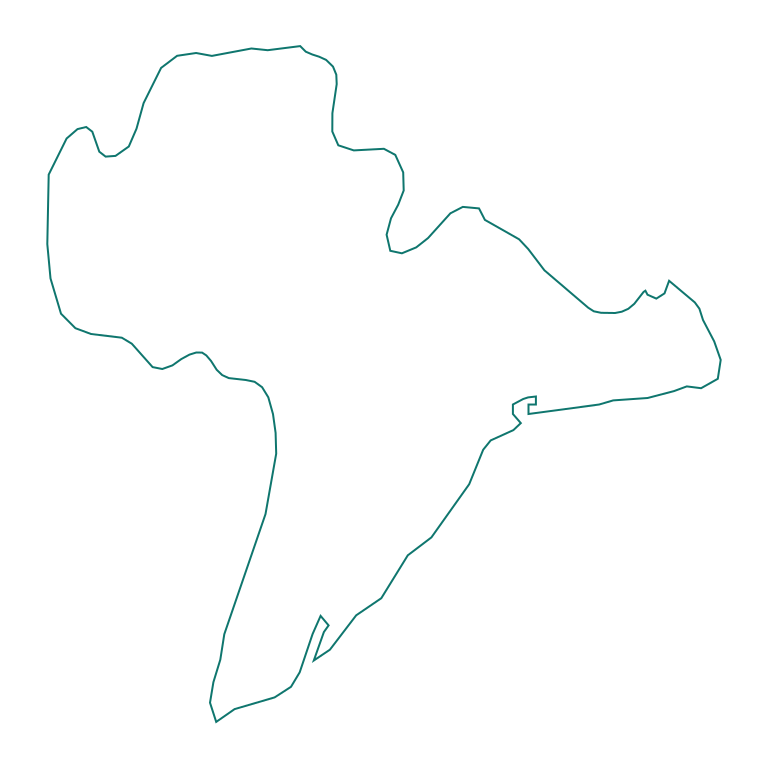 the Province of Nam Định
{"feature_id": "VNM-468", "entity_name": "Nam Định", "entity_type": "Province", "adm_level": 1, "iso_a3": "VNM", "parent_name": "Vietnam", "parent_adm1": "", "projection": "natural_earth1", "projection_center": [106.247, 20.228], "detail": "fine", "context": "isolated", "style": "outline", "palette": "teal", "viewbox_px": 768, "rotation_deg": 0, "n_neighbors": 0, "source": "natural_earth", "source_scale": "10m", "svg_char_len": 1686}
<svg xmlns="http://www.w3.org/2000/svg" viewBox="0 0 768 768"><path d="M645.4,290.7L647.5,294.7L656.3,298.6L664.5,293.4L669.1,280.8L694.8,302.4L699.4,308.7L703.0,320.0L714.2,341.4L720.7,359.9L717.8,378.8L701.1,388.2L686.8,386.4L674.0,391.1L647.6,398.0L613.2,400.4L599.2,404.5L528.5,414.0L528.5,404.5L535.9,404.5L535.9,396.5L528.1,397.4L523.2,399.0L512.9,404.5L512.9,414.0L520.8,423.1L513.4,430.1L490.7,440.4L483.2,449.7L469.2,484.2L431.4,537.4L407.8,555.3L381.3,598.2L356.2,615.3L329.9,649.7L313.8,660.5L323.9,632.0L328.6,625.4L320.6,615.9L312.6,634.0L299.7,672.3L291.0,686.8L274.6,697.4L234.6,709.1L216.2,721.9L210.0,702.7L213.4,682.2L220.3,659.7L224.3,634.2L265.5,514.1L276.2,453.7L275.6,432.9L273.0,414.1L268.3,397.3L262.1,387.2L254.6,381.8L245.8,380.0L228.8,378.1L222.2,375.1L216.7,369.8L211.0,360.9L206.3,355.4L202.1,352.6L196.3,352.5L189.5,354.6L181.4,359.0L172.4,365.4L162.3,369.0L152.6,367.1L131.8,343.7L121.8,337.7L91.0,334.0L75.4,328.2L61.0,313.7L50.5,278.4L47.3,244.1L48.7,174.6L66.6,138.5L77.5,129.1L86.2,127.0L92.3,131.7L99.3,151.7L105.6,156.6L115.5,155.9L128.8,146.5L136.5,128.7L143.6,103.1L161.1,67.9L177.1,55.8L196.1,53.0L211.9,55.9L251.4,48.5L267.7,50.2L300.2,46.1L305.8,51.7L312.3,54.5L319.1,56.7L326.1,59.9L333.0,66.6L336.3,74.7L336.7,84.1L332.4,113.2L332.3,131.5L338.3,145.3L353.8,150.4L383.9,148.8L395.3,154.9L403.2,172.4L403.7,190.5L398.2,204.7L391.0,218.3L386.6,234.7L390.3,250.8L401.9,253.3L416.2,247.4L428.0,238.1L450.4,213.3L462.8,206.9L479.0,208.4L484.9,219.9L519.1,239.3L528.2,249.0L544.4,270.3L588.2,307.7L593.8,311.3L601.1,312.8L615.1,313.0L621.8,311.7L628.3,308.8L634.3,303.8L643.6,291.9L645.4,290.7Z" fill="none" stroke="#0f766e" stroke-width="2"/></svg>